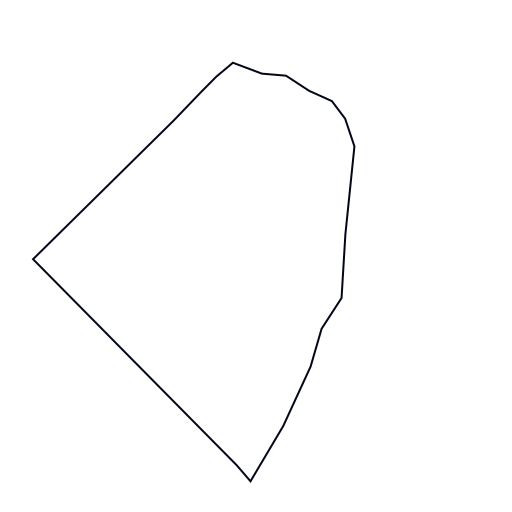 Marshall, Kentucky, United States of America (Natural Earth projection), rotated 45°
{"feature_id": "52423323B97472701360775", "entity_name": "Marshall", "entity_type": "district", "adm_level": 2, "iso_a3": "USA", "parent_name": "United States of America", "parent_adm1": "Kentucky", "projection": "natural_earth1", "projection_center": [-88.333, 36.906], "detail": "fine", "context": "isolated", "style": "outline", "palette": "ink", "viewbox_px": 512, "rotation_deg": 45, "n_neighbors": 0, "source": "geoboundaries", "source_scale": "gbopen_adm2", "svg_char_len": 391}
<svg xmlns="http://www.w3.org/2000/svg" viewBox="0 0 512 512"><g transform="rotate(45 256 256)"><path d="M102.0,218.5L100.6,415.9L390.5,417.6L411.4,419.2L395.5,357.0L372.8,295.6L353.8,261.0L346.2,225.2L303.9,177.5L248.1,108.9L222.0,95.9L200.2,92.8L176.9,101.6L149.7,107.3L131.2,122.9L103.0,135.7L101.1,157.7L101.2,178.4L102.0,218.5Z" fill="none" stroke="#020617" stroke-width="2"/></g></svg>